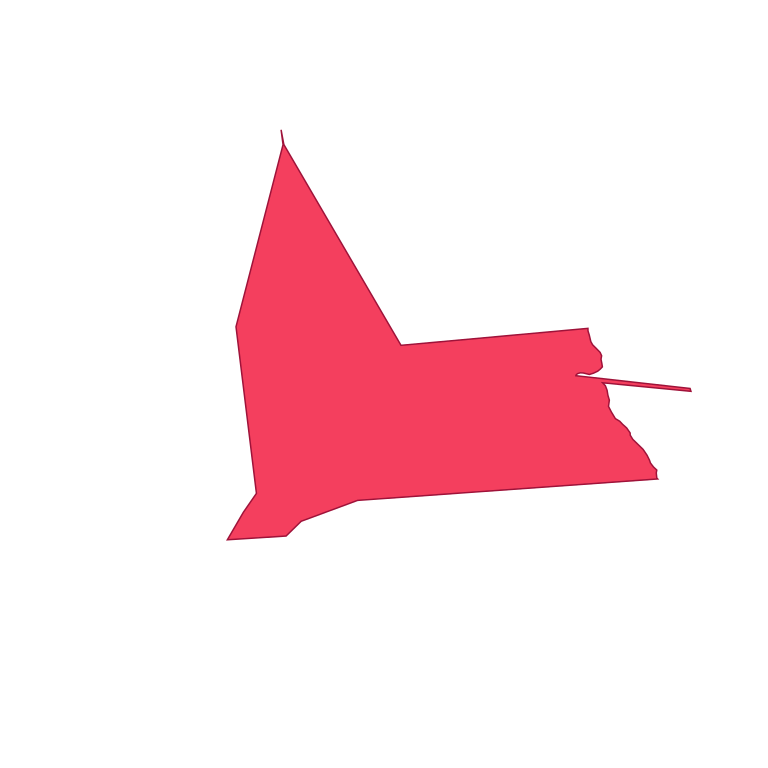 Mengellang, Palau (orthographic projection), rotated 227°
{"feature_id": "81905179B37615107776552", "entity_name": "Mengellang", "entity_type": "district", "adm_level": 2, "iso_a3": "PLW", "parent_name": "Palau", "parent_adm1": "", "projection": "orthographic", "projection_center": [134.628, 7.695], "detail": "fine", "context": "isolated", "style": "filled", "palette": "rose", "viewbox_px": 768, "rotation_deg": 227, "n_neighbors": 0, "source": "geoboundaries", "source_scale": "gbopen_adm2", "svg_char_len": 903}
<svg xmlns="http://www.w3.org/2000/svg" viewBox="0 0 768 768"><g transform="rotate(227 384 384)"><path d="M391.0,216.1L386.1,193.7L376.9,163.2L339.6,208.7L340.1,229.8L316.9,285.3L127.9,519.4L129.2,519.4L133.3,522.5L135.0,524.8L139.6,524.5L144.5,525.0L147.2,526.2L152.5,527.8L159.5,528.9L167.8,528.5L173.8,528.2L178.7,529.2L180.3,530.6L186.3,531.5L191.9,531.0L196.0,531.0L200.9,529.6L208.5,531.2L214.5,532.9L218.5,537.8L223.1,540.1L227.3,542.9L231.7,544.7L235.1,544.7L235.8,544.7L169.3,603.5L172.0,604.8L259.2,530.0L259.6,530.7L259.6,532.6L258.3,535.2L256.2,537.2L254.1,538.6L250.9,540.7L249.0,544.7L247.6,549.1L247.4,552.4L247.6,555.4L250.4,557.3L254.1,559.6L256.2,562.4L259.7,563.6L264.8,563.5L270.5,563.3L274.0,564.2L279.8,567.5L283.7,569.4L285.6,571.1L400.7,422.8L627.2,474.0L628.3,474.6L640.1,482.1L627.9,473.4L526.8,314.8L391.0,216.1Z" fill="#f43f5e" stroke="#9f1239" stroke-width="1.5"/></g></svg>